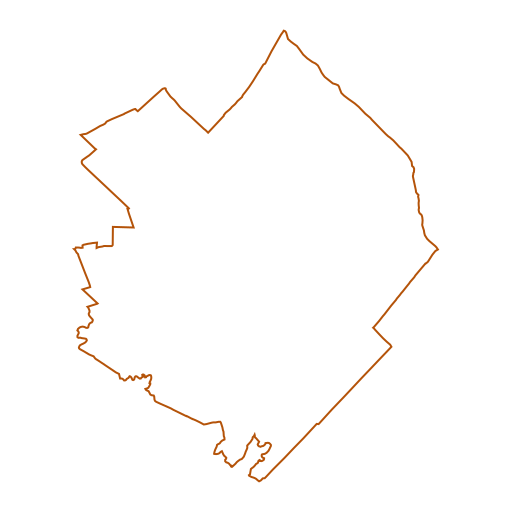 the district of Poiana, Dâmbovita, Romania
{"feature_id": "2599482B93983600474327", "entity_name": "Poiana", "entity_type": "district", "adm_level": 2, "iso_a3": "ROU", "parent_name": "Romania", "parent_adm1": "Dâmbovita", "projection": "robinson", "projection_center": [25.674, 44.559], "detail": "fine", "context": "isolated", "style": "outline", "palette": "amber", "viewbox_px": 512, "rotation_deg": 0, "n_neighbors": 0, "source": "geoboundaries", "source_scale": "gbopen_adm2", "svg_char_len": 5962}
<svg xmlns="http://www.w3.org/2000/svg" viewBox="0 0 512 512"><path d="M391.4,346.8L390.2,344.7L386.7,341.7L383.1,338.3L379.1,334.1L375.3,330.0L373.5,327.9L373.2,327.7L374.1,326.8L379.1,321.0L382.9,316.1L384.4,314.4L391.2,305.6L396.0,299.9L396.8,298.6L400.1,294.7L401.0,293.4L402.7,291.5L406.5,286.7L409.1,283.5L410.0,282.1L414.2,277.3L415.4,275.4L417.1,273.4L418.6,271.6L425.2,263.8L425.3,263.9L426.7,262.8L427.6,262.1L428.2,261.3L432.4,254.7L435.2,251.2L435.4,251.0L437.9,249.5L436.5,247.4L435.3,246.1L429.4,241.1L427.1,238.8L424.9,235.3L424.3,233.1L423.9,230.4L422.3,225.5L422.2,224.3L422.4,223.5L422.6,220.3L422.3,217.5L422.0,216.1L421.3,214.6L420.3,213.9L419.7,213.3L419.1,212.2L418.7,210.2L418.7,209.2L419.0,208.0L418.7,205.4L418.6,202.9L418.9,200.8L418.5,198.2L418.1,196.7L418.5,195.0L418.0,194.4L417.4,194.0L416.4,192.7L416.0,192.0L415.9,190.6L415.7,189.5L413.1,177.4L412.9,176.3L413.0,175.3L413.2,174.8L413.4,172.9L413.9,172.2L414.1,170.0L414.1,168.7L413.9,168.2L413.5,167.2L412.1,166.0L411.6,161.9L407.8,155.5L401.3,148.6L399.7,147.3L393.3,140.4L389.9,137.5L388.2,136.3L385.8,134.1L371.9,119.8L370.3,117.9L365.3,113.7L358.8,106.9L354.7,103.4L348.3,98.9L344.0,95.6L341.4,93.0L339.7,88.8L339.0,86.7L338.1,85.3L335.8,84.3L332.8,83.4L324.7,76.9L323.1,74.8L321.6,72.6L319.8,68.9L317.9,65.5L315.5,63.5L312.4,62.0L307.3,58.4L303.2,54.6L299.6,49.6L296.9,46.0L293.6,43.7L290.7,41.5L288.0,39.0L286.3,33.1L285.7,31.9L284.8,31.0L283.7,30.7L283.3,31.5L281.0,34.7L271.5,51.3L265.3,63.4L264.8,63.9L264.1,64.1L263.3,64.7L259.0,71.6L257.7,73.5L252.9,81.3L249.1,87.0L245.0,92.4L243.1,94.7L242.2,96.4L242.1,97.0L237.3,101.3L236.2,102.8L234.9,104.3L231.9,106.9L230.7,108.4L229.5,109.6L225.7,112.7L223.9,115.0L223.8,115.8L223.2,116.5L208.1,132.7L205.6,130.2L203.9,128.9L191.0,116.9L181.2,108.4L179.7,106.8L174.7,100.5L173.5,99.3L172.3,98.3L170.4,96.5L167.2,92.1L166.2,90.6L165.8,89.6L165.7,88.6L164.9,88.2L164.4,88.3L163.0,88.7L161.9,89.4L159.4,91.7L153.2,97.2L137.8,111.2L136.5,110.2L135.4,109.0L134.5,109.1L132.6,109.8L124.3,113.7L124.1,114.0L111.9,119.1L107.2,121.3L106.5,121.7L105.2,123.5L103.4,124.6L100.1,126.0L95.4,128.8L86.9,133.5L85.8,133.9L83.4,134.2L80.7,134.9L94.6,148.3L96.0,149.3L89.3,155.3L86.5,157.2L82.4,160.1L81.9,161.0L81.7,161.9L81.9,163.2L82.4,164.2L85.1,167.0L88.3,170.1L121.6,201.4L128.9,208.4L128.5,208.8L127.5,208.9L128.9,213.6L133.6,227.5L112.9,226.9L112.7,245.0L112.1,245.8L111.8,246.0L111.1,246.1L104.0,246.0L102.5,246.5L98.6,247.1L96.6,248.0L96.6,246.7L97.0,242.6L92.2,243.1L91.4,243.3L88.0,243.8L83.5,244.8L82.5,245.4L82.6,247.7L81.0,247.9L79.1,247.6L77.7,247.5L75.8,247.5L75.5,248.5L75.0,249.0L74.1,249.1L75.4,250.4L76.5,252.5L78.1,254.2L78.4,255.7L85.0,272.8L88.8,282.3L89.9,285.6L90.2,287.1L82.5,289.4L97.6,303.5L97.1,303.8L87.5,306.8L88.3,307.7L89.5,310.6L89.5,312.2L89.0,313.0L88.7,313.9L89.1,315.4L90.2,316.8L92.7,319.6L92.8,320.4L92.3,321.7L91.8,322.4L90.6,322.8L89.8,323.4L89.1,324.3L88.5,326.0L88.2,327.4L87.2,327.9L86.1,327.8L84.5,327.0L82.7,326.6L81.0,326.9L79.6,327.5L78.0,328.9L77.4,330.5L78.0,331.0L78.7,332.2L78.7,333.3L78.0,334.6L77.4,335.9L77.5,337.2L78.4,337.8L80.4,337.7L81.6,338.1L84.6,338.5L86.0,338.8L86.6,339.5L86.8,340.5L85.9,341.8L84.9,342.7L82.9,343.8L81.7,344.3L80.1,345.2L79.5,346.0L78.9,347.4L79.1,348.4L80.0,349.2L83.3,351.0L89.0,354.4L91.0,355.3L93.6,356.3L95.2,358.5L96.5,359.5L96.8,359.6L98.8,360.9L115.9,372.4L119.0,373.9L120.1,378.5L121.6,378.5L122.5,378.8L123.4,379.5L124.0,380.4L124.9,380.5L125.8,380.1L126.3,379.6L126.7,378.9L128.3,378.0L128.8,377.5L129.3,376.5L129.7,376.2L130.4,376.5L131.3,377.4L132.4,379.8L133.1,380.1L133.8,379.8L134.2,379.4L134.7,377.4L135.3,376.5L136.0,376.2L137.1,376.6L138.0,377.4L139.7,378.6L140.8,378.5L141.3,377.7L142.9,376.8L142.2,374.9L142.7,374.5L143.5,374.5L144.6,375.4L144.7,376.6L145.1,377.4L146.1,377.2L146.4,376.4L147.7,375.9L148.5,375.3L149.9,375.0L150.9,375.4L151.1,376.0L151.3,377.2L151.2,378.8L150.5,380.6L149.7,382.1L149.5,383.2L150.3,383.4L150.3,384.1L149.7,385.4L148.3,387.8L146.8,388.5L145.4,388.9L145.8,389.7L146.6,390.3L148.6,391.2L149.2,392.3L150.3,394.5L151.5,395.2L153.7,395.5L154.2,396.5L154.5,399.7L155.1,401.0L156.2,401.8L160.7,403.9L170.9,408.4L173.5,409.9L186.4,416.2L186.6,416.0L187.4,416.4L192.3,419.0L192.4,418.9L195.7,420.3L199.8,422.3L203.8,424.5L206.4,424.1L211.6,422.7L213.3,422.4L215.7,422.4L218.6,421.8L220.3,421.8L220.9,422.8L221.5,424.6L222.4,427.4L222.9,430.0L223.5,431.7L223.8,436.1L224.4,437.6L224.5,439.5L222.3,440.5L220.7,441.9L220.0,443.0L219.4,443.6L218.4,444.0L217.1,444.8L216.6,446.8L215.8,448.4L215.0,450.2L214.4,452.2L214.1,453.8L214.7,454.0L216.4,454.1L218.1,453.8L219.4,453.2L220.6,451.9L221.9,451.2L223.0,453.7L223.0,453.8L224.1,455.7L225.3,456.7L226.3,457.8L226.1,458.8L225.2,459.7L225.2,461.3L226.3,462.4L227.6,462.7L229.1,463.7L230.2,465.1L231.5,465.7L231.1,466.5L231.9,466.9L232.1,466.8L235.5,463.7L236.7,462.2L238.0,461.1L239.9,459.7L241.8,459.0L243.8,456.7L245.1,453.5L245.7,451.7L246.7,449.5L247.3,447.9L247.2,445.6L247.7,445.0L250.5,442.0L252.5,438.9L252.6,438.4L252.6,437.6L252.8,437.1L253.9,436.1L254.6,434.7L254.8,435.5L254.8,437.0L255.5,437.8L256.0,438.1L259.1,441.7L257.7,444.4L258.1,445.5L259.0,446.3L260.6,446.8L261.2,446.4L263.3,445.9L264.6,444.9L265.3,444.0L265.5,443.1L267.8,442.8L269.0,443.0L270.0,443.8L270.9,444.9L270.9,445.9L269.3,449.3L268.5,450.8L266.5,452.9L264.7,453.9L262.7,454.2L261.9,454.5L261.7,455.1L261.7,456.2L262.0,456.9L262.8,457.7L264.1,458.2L264.1,458.8L263.8,459.8L262.7,460.6L261.7,461.1L260.2,461.0L260.2,460.5L259.6,460.0L258.7,460.6L258.3,461.2L258.0,462.7L257.1,463.4L255.9,464.1L255.0,465.4L253.5,467.0L252.0,468.1L250.9,469.0L250.0,474.3L248.9,475.2L249.1,475.7L251.5,477.0L252.9,477.4L254.6,478.0L256.2,478.9L257.6,480.2L259.1,481.3L260.7,480.5L261.3,480.0L262.7,478.4L264.7,478.2L266.2,476.7L272.8,469.6L278.0,464.4L284.5,457.9L293.9,448.0L303.3,438.4L316.7,423.9L318.6,424.1L331.8,409.6L345.0,395.8L361.1,378.6L391.4,346.8Z" fill="none" stroke="#b45309" stroke-width="2"/></svg>